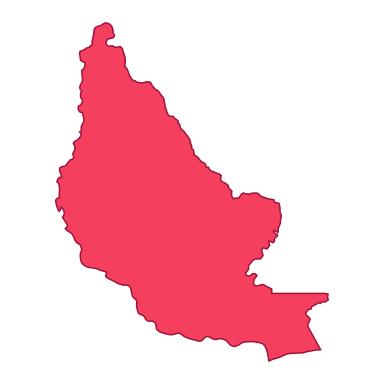 Santana, Amapá, Brazil
{"feature_id": "56859067B35347947791868", "entity_name": "Santana", "entity_type": "district", "adm_level": 2, "iso_a3": "BRA", "parent_name": "Brazil", "parent_adm1": "Amapá", "projection": "mercator", "projection_center": [-51.377, 0.176], "detail": "fine", "context": "isolated", "style": "filled", "palette": "rose", "viewbox_px": 384, "rotation_deg": 0, "n_neighbors": 0, "source": "geoboundaries", "source_scale": "gbopen_adm2", "svg_char_len": 5535}
<svg xmlns="http://www.w3.org/2000/svg" viewBox="0 0 384 384"><path d="M320.6,349.7L307.7,326.2L308.1,323.6L309.2,321.6L310.2,319.4L309.2,317.6L307.0,315.6L305.4,313.6L306.7,311.7L308.5,309.5L311.1,309.0L311.5,306.9L313.8,305.4L316.5,304.2L318.2,302.6L320.3,303.4L321.7,302.3L323.8,301.7L325.4,302.0L326.7,300.9L328.3,299.9L327.6,297.8L327.8,295.6L328.0,293.9L324.3,293.4L320.5,293.4L316.7,293.4L305.9,293.4L295.9,293.4L288.2,293.4L285.8,293.4L283.8,293.4L275.3,293.4L271.8,293.4L271.7,289.0L269.1,287.6L266.5,286.5L264.3,285.0L262.2,284.5L260.2,285.0L258.2,285.6L256.0,286.0L254.0,284.7L253.4,282.7L254.5,278.8L255.7,277.3L257.0,275.5L255.2,273.7L252.8,273.7L250.7,275.2L249.1,276.1L247.0,275.6L245.3,274.0L246.7,271.7L248.6,269.3L248.5,267.4L248.7,265.2L250.5,263.5L251.9,261.5L253.2,260.1L255.3,259.1L257.7,258.9L260.3,259.0L262.3,256.8L263.0,255.2L262.3,252.7L261.4,250.0L263.3,247.8L265.4,248.5L267.0,248.9L269.7,245.4L269.1,243.5L268.8,240.8L271.3,241.8L273.0,242.7L274.4,241.4L274.5,239.4L275.1,237.5L277.1,236.5L277.4,234.5L275.1,233.6L273.7,232.4L274.1,230.3L275.6,231.2L277.8,232.5L278.3,230.7L278.2,228.5L279.3,225.8L280.2,223.7L280.5,220.3L280.9,218.0L281.5,216.0L280.5,213.4L279.9,211.3L280.1,209.5L279.9,207.0L279.0,203.3L276.5,202.8L274.4,202.2L274.0,199.9L271.0,199.2L268.3,198.9L265.5,197.8L262.9,197.1L261.0,196.3L259.7,195.0L257.9,193.3L255.2,193.0L252.4,193.2L250.7,193.5L249.1,194.4L247.5,193.9L245.7,193.9L243.3,193.0L241.7,194.0L240.3,195.7L238.8,198.0L236.0,198.1L233.1,198.6L231.8,196.4L231.5,193.7L231.9,191.2L230.0,189.3L228.5,187.5L228.2,185.5L226.7,184.2L224.8,182.9L222.5,182.0L220.7,180.1L220.7,178.2L221.2,175.5L219.1,173.9L217.0,173.3L215.4,172.6L213.4,171.8L211.5,171.1L209.7,169.9L208.6,167.4L206.2,167.0L205.5,164.1L203.7,162.8L201.7,161.9L199.6,159.7L198.1,157.5L196.6,156.3L194.3,155.1L193.9,152.4L193.3,149.7L191.6,148.5L191.8,146.3L190.6,143.4L190.4,141.4L189.4,138.8L188.1,137.0L187.1,135.5L185.5,133.5L183.7,131.2L181.6,129.5L180.3,127.4L179.6,124.2L177.7,123.0L178.3,121.1L176.8,119.7L174.4,118.2L173.6,116.7L172.0,116.2L170.1,116.3L168.6,115.5L167.1,112.8L166.2,109.8L165.1,106.7L164.9,104.3L164.3,102.3L164.1,99.6L162.9,97.1L161.4,95.3L160.2,93.9L159.3,92.2L157.3,90.3L155.0,89.1L153.9,87.5L152.2,85.8L151.5,84.0L150.1,82.0L146.8,81.8L144.1,82.5L141.6,83.0L139.4,82.6L136.9,82.3L135.2,80.9L133.4,80.4L131.8,79.3L130.6,77.2L129.2,74.8L128.5,72.8L128.0,71.2L127.2,69.2L125.5,67.1L124.8,65.2L125.2,62.6L125.2,60.2L125.2,57.9L124.6,56.0L124.1,54.1L123.3,52.2L122.9,50.3L122.2,48.4L120.3,46.6L117.6,47.1L115.1,47.2L112.1,45.7L109.9,46.1L108.1,46.3L106.6,44.7L105.7,42.9L106.4,41.3L107.6,39.2L110.3,38.4L113.2,37.8L114.6,35.9L113.7,33.9L113.0,32.4L113.0,30.1L112.0,26.8L111.0,25.4L109.5,24.1L107.2,23.0L105.0,23.0L103.2,23.9L101.6,25.0L99.9,25.8L97.9,26.3L95.9,27.2L94.4,28.9L94.0,31.1L93.8,32.9L93.2,36.0L92.7,39.1L92.0,41.2L92.3,42.9L91.7,45.0L90.1,46.3L88.5,47.6L86.2,48.1L84.5,49.6L82.6,50.5L80.1,51.2L79.5,53.9L80.1,56.0L80.2,58.1L80.6,60.2L83.0,61.9L85.1,62.6L84.9,64.5L84.7,66.7L83.8,68.8L82.2,69.8L81.7,71.4L82.1,73.4L82.1,75.8L82.2,77.5L82.5,79.3L82.3,81.2L81.6,83.0L80.3,85.1L79.7,87.9L80.4,89.5L81.7,90.9L80.7,92.9L80.5,95.7L80.7,97.7L82.1,99.3L82.7,101.5L81.7,103.3L80.4,105.0L78.5,106.1L78.1,108.1L78.5,110.2L80.1,112.1L82.3,112.6L83.0,114.8L83.4,116.8L83.9,119.0L83.9,121.5L82.3,124.3L81.3,126.5L81.2,129.1L81.5,131.1L79.6,131.9L80.6,133.4L81.3,135.1L79.9,137.3L78.4,139.0L77.0,140.3L74.4,141.5L73.3,143.5L74.6,145.9L75.0,148.1L74.6,150.7L73.3,152.3L72.8,154.4L73.8,156.9L72.6,159.1L70.2,159.9L68.5,162.0L67.0,163.8L65.4,166.1L62.0,166.6L59.8,167.9L59.4,170.1L60.2,172.6L61.3,175.2L61.4,177.8L59.3,177.3L57.7,179.4L56.9,181.8L58.6,183.5L59.2,185.3L59.3,187.2L59.6,189.3L59.4,191.6L59.3,193.4L59.3,195.5L59.4,197.6L57.1,198.4L55.7,200.1L55.9,202.4L56.2,204.0L56.9,206.4L57.5,208.0L58.1,209.7L59.2,211.3L60.6,209.6L61.1,207.4L62.6,208.4L63.6,210.4L64.4,212.9L63.8,215.3L62.5,217.4L64.1,219.7L65.0,221.2L66.2,223.1L67.2,224.6L67.4,226.5L65.3,228.6L67.1,230.6L70.3,232.5L72.1,234.0L73.9,237.3L75.1,240.3L76.3,242.3L77.8,243.3L80.3,245.0L81.2,247.4L81.7,249.2L81.4,251.0L80.6,252.5L80.3,254.4L80.3,257.0L80.9,260.6L81.4,262.3L82.9,264.3L85.4,266.1L88.6,267.5L90.7,267.6L94.1,268.1L96.8,268.7L98.4,269.3L100.1,270.2L101.9,270.7L104.1,271.3L106.6,272.3L106.3,274.0L105.6,276.0L106.8,277.5L108.8,278.7L111.0,279.8L113.7,281.1L118.0,283.5L119.9,284.1L121.8,284.7L123.4,285.2L125.9,285.0L129.0,285.8L130.4,287.4L131.0,289.8L131.4,291.9L131.9,293.5L132.2,295.9L133.6,297.8L135.7,299.1L136.8,301.9L136.6,304.7L136.8,307.3L137.3,309.5L137.8,311.8L139.3,313.9L141.6,314.8L143.3,315.7L144.6,317.0L145.5,318.9L146.9,320.5L148.4,321.1L150.2,321.1L151.9,321.1L153.5,321.5L155.5,323.2L156.0,325.6L156.5,329.1L159.1,331.5L161.6,332.6L163.8,333.3L166.3,333.9L168.9,334.5L171.7,334.8L174.6,334.1L177.0,333.4L179.2,333.3L181.1,334.1L182.5,335.3L184.7,336.7L186.6,337.6L190.0,338.7L191.7,339.2L194.4,340.0L197.2,340.8L199.2,341.1L201.3,340.8L202.7,339.9L203.9,338.5L205.1,337.1L207.4,336.5L210.1,337.4L212.3,338.6L213.8,339.3L216.7,339.3L218.8,338.9L220.7,338.6L223.0,339.1L225.7,340.3L228.2,342.5L230.0,344.8L233.3,346.4L236.1,346.1L238.6,345.1L240.9,343.4L243.5,342.1L248.7,341.7L250.7,341.6L254.1,341.7L257.3,342.3L260.6,343.0L262.5,343.6L264.7,345.6L266.7,349.9L267.5,352.9L268.1,356.1L268.9,361.0L273.4,359.0L276.0,358.4L280.2,357.0L284.6,355.0L288.0,353.7L289.9,353.5L297.4,353.0L301.7,353.0L303.7,352.6L306.8,351.7L316.0,350.0L320.6,349.7Z" fill="#f43f5e" stroke="#9f1239" stroke-width="1.5"/></svg>